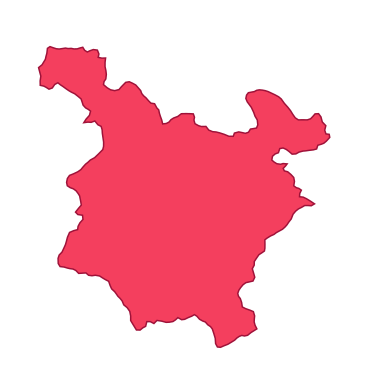 the district of Campestre, Minas Gerais, Brazil, rotated 175°
{"feature_id": "56859067B89566342102842", "entity_name": "Campestre", "entity_type": "district", "adm_level": 2, "iso_a3": "BRA", "parent_name": "Brazil", "parent_adm1": "Minas Gerais", "projection": "orthographic", "projection_center": [-46.226, -21.716], "detail": "fine", "context": "isolated", "style": "filled", "palette": "rose", "viewbox_px": 384, "rotation_deg": 175, "n_neighbors": 0, "source": "geoboundaries", "source_scale": "gbopen_adm2", "svg_char_len": 4449}
<svg xmlns="http://www.w3.org/2000/svg" viewBox="0 0 384 384"><g transform="rotate(175 192 192)"><path d="M50.0,234.4L50.3,237.5L53.5,238.2L54.4,242.0L52.9,246.4L56.1,250.4L57.0,255.6L59.1,259.0L62.6,259.1L65.3,256.5L67.5,254.6L70.8,253.8L75.0,254.2L79.8,254.6L82.7,256.9L84.9,260.7L86.8,264.5L89.1,268.0L92.3,272.3L95.0,276.9L97.4,279.3L100.9,281.6L104.5,283.7L107.4,285.4L110.3,286.6L113.2,287.4L116.0,287.9L118.6,287.7L121.2,286.6L124.3,286.3L127.2,286.0L129.2,283.8L130.2,280.5L129.1,277.0L127.5,274.4L125.5,271.1L123.6,265.9L122.6,262.0L120.7,258.1L120.6,253.1L122.2,250.1L125.4,249.8L128.3,249.6L130.5,246.6L133.7,245.8L136.5,246.7L140.2,247.8L144.6,247.0L146.0,243.9L150.4,244.3L154.8,246.6L159.3,248.5L162.8,249.7L166.2,250.3L169.9,252.2L172.4,256.1L176.9,256.4L179.7,257.5L183.1,259.8L183.8,263.5L183.0,266.3L183.9,269.7L186.6,270.1L191.0,270.6L195.8,270.9L199.6,268.5L203.9,267.3L206.6,265.9L208.9,263.6L211.7,262.5L215.3,262.4L215.9,266.4L216.9,270.1L217.6,273.3L218.0,276.7L219.7,278.8L221.6,283.2L225.2,284.1L227.3,286.6L229.7,289.9L231.8,292.0L233.5,294.5L234.3,297.5L236.2,300.1L238.7,303.5L241.7,305.5L244.9,307.3L248.5,307.0L251.2,304.7L253.4,302.8L255.8,300.4L260.2,299.7L264.2,300.9L267.4,303.2L270.8,306.7L270.0,309.7L268.0,312.1L267.1,316.6L267.2,320.4L267.7,324.5L267.3,328.8L266.4,333.0L270.1,333.2L273.7,334.3L272.7,337.6L273.9,341.6L277.9,342.5L281.4,341.6L284.1,340.6L286.6,342.5L288.2,345.7L291.3,345.2L293.9,344.6L297.1,344.8L299.8,345.6L303.0,345.7L305.5,346.4L308.5,346.2L311.8,346.0L314.6,346.5L317.7,347.8L320.8,349.2L323.5,347.7L324.5,342.8L325.6,339.9L326.5,337.0L328.4,334.4L330.3,331.8L334.0,329.3L333.2,324.6L332.5,320.6L333.6,315.9L333.9,311.5L330.4,310.4L328.2,309.0L325.5,306.9L322.1,307.8L319.4,311.1L316.1,312.5L313.7,310.2L311.4,308.4L308.8,306.1L306.0,303.8L303.5,302.0L300.3,300.1L297.4,297.4L294.4,294.4L293.7,291.6L292.9,288.0L290.7,285.1L288.2,283.4L286.0,281.4L287.5,277.3L291.2,273.8L293.7,270.5L289.6,270.7L286.4,270.2L282.6,271.2L279.9,267.2L276.8,265.3L276.1,261.8L276.2,258.3L276.0,255.0L275.7,249.4L276.1,245.2L277.2,242.0L279.2,240.3L282.0,237.9L286.0,234.7L290.5,232.7L293.3,230.5L295.6,229.0L298.5,226.3L300.7,224.0L304.0,222.1L308.3,220.5L312.6,219.2L315.0,216.3L316.1,212.5L315.7,209.1L312.9,206.9L309.9,205.5L307.3,203.2L305.5,200.3L304.3,197.9L303.7,192.4L303.4,188.6L306.5,185.6L309.8,182.1L307.7,179.5L303.1,178.4L303.0,174.2L306.3,171.1L308.5,167.7L309.2,164.5L313.2,163.8L317.5,162.4L320.0,157.8L321.6,153.3L322.7,150.5L324.5,147.3L326.7,143.5L329.8,140.8L331.2,137.6L331.5,132.4L329.9,129.2L326.0,128.4L323.0,127.2L320.3,126.3L317.2,125.6L314.5,123.9L312.0,120.8L307.7,120.7L304.7,120.6L302.3,118.1L299.0,117.3L295.6,117.5L291.4,116.4L288.3,114.0L285.8,112.2L282.8,110.3L281.7,105.9L280.5,102.5L277.7,99.4L276.3,97.1L274.9,94.6L273.0,92.4L271.1,89.6L269.8,85.5L266.7,82.5L264.4,78.5L263.9,73.8L264.3,69.3L262.4,65.4L261.1,62.8L259.4,59.4L255.7,59.0L252.8,61.0L249.9,62.2L248.3,66.8L244.9,66.5L241.4,64.3L238.1,67.1L233.5,66.0L229.1,64.4L225.7,64.3L222.3,64.6L219.7,66.0L217.0,68.1L213.5,65.7L210.4,65.8L206.8,67.2L203.1,68.3L200.3,69.6L198.0,67.9L195.6,64.6L192.7,62.6L190.0,61.3L187.9,58.4L185.3,56.3L183.7,53.8L182.6,49.1L181.6,44.2L181.7,38.9L180.2,35.4L177.1,34.8L173.6,36.0L169.5,37.2L165.6,39.1L162.4,40.7L160.1,42.6L157.6,44.0L154.9,44.8L152.3,44.0L149.1,44.4L145.4,46.9L142.8,48.2L139.3,50.0L140.8,53.8L141.4,57.2L141.0,60.0L140.4,63.1L141.3,67.5L144.5,69.2L148.9,71.2L151.9,73.1L152.2,77.7L153.2,81.7L154.7,83.9L155.3,86.9L153.9,90.0L151.9,92.5L149.2,95.2L146.2,97.0L143.1,97.4L139.0,98.0L136.9,101.6L137.6,105.3L138.6,110.3L136.4,113.7L136.0,117.3L133.3,120.7L130.8,123.7L127.6,125.4L125.0,126.9L124.3,129.6L123.9,133.5L123.6,138.0L121.1,139.6L117.5,141.4L114.0,142.6L111.5,144.2L108.3,145.6L105.1,147.0L102.4,149.0L100.2,151.1L98.3,153.5L95.5,156.5L93.3,161.0L90.4,163.9L87.4,165.9L84.3,167.1L80.9,168.7L77.5,168.4L74.4,167.9L71.0,169.5L74.7,172.5L78.5,175.3L81.7,177.2L85.3,177.9L84.8,181.1L82.9,184.3L85.3,186.3L87.7,187.2L90.1,189.3L89.0,193.6L89.4,197.6L91.9,200.8L94.9,203.8L98.2,205.0L99.1,207.6L96.6,209.7L94.8,211.7L98.8,212.4L101.3,211.9L105.1,212.8L107.7,214.8L109.7,216.9L108.7,220.6L105.8,222.7L102.5,223.6L100.8,227.6L97.4,227.9L94.4,226.2L91.9,224.0L89.0,221.0L85.2,220.9L81.9,222.4L77.9,223.1L75.2,223.1L71.5,223.3L67.5,223.4L64.1,224.0L62.6,227.6L59.1,228.3L56.4,229.1L53.8,230.9L50.0,234.4Z" fill="#f43f5e" stroke="#9f1239" stroke-width="1.5"/></g></svg>